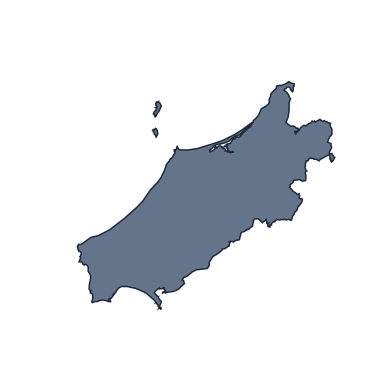 outline of Rosslare Lea-5, Wexford, Ireland, rotated 136°
{"feature_id": "5873133B47995310482599", "entity_name": "Rosslare Lea-5", "entity_type": "district", "adm_level": 2, "iso_a3": "IRL", "parent_name": "Ireland", "parent_adm1": "Wexford", "projection": "equal_earth", "projection_center": [-6.602, 52.227], "detail": "fine", "context": "isolated", "style": "filled", "palette": "slate", "viewbox_px": 384, "rotation_deg": 136, "n_neighbors": 0, "source": "geoboundaries", "source_scale": "gbopen_adm2", "svg_char_len": 6013}
<svg xmlns="http://www.w3.org/2000/svg" viewBox="0 0 384 384"><g transform="rotate(136 192 192)"><path d="M140.0,102.6L136.2,104.9L135.1,104.7L131.8,106.3L131.0,105.8L128.2,106.4L125.9,107.8L124.6,107.6L119.9,108.5L117.5,110.3L118.9,112.0L119.0,113.3L117.1,114.6L116.8,116.2L116.3,116.4L118.1,117.4L118.0,118.7L118.8,122.6L118.5,123.6L118.6,127.4L117.4,127.8L116.9,129.1L113.1,128.7L110.4,129.7L105.6,125.7L105.4,123.8L104.7,122.8L102.2,121.3L98.5,124.8L97.4,127.1L96.1,127.6L94.9,127.3L94.2,130.4L93.2,131.6L91.8,132.2L91.2,133.5L89.4,134.1L87.6,135.6L88.0,135.0L87.5,134.2L86.5,133.9L84.6,134.7L82.7,133.7L82.4,132.7L81.4,132.1L81.5,130.7L80.8,130.3L79.7,128.6L78.9,126.1L77.2,126.4L67.3,123.6L65.2,125.4L60.6,127.0L60.1,128.3L58.4,130.3L59.9,133.4L57.5,135.0L53.6,136.2L52.8,135.9L51.3,136.3L48.0,139.7L47.2,141.2L47.4,141.9L46.7,143.5L45.5,144.9L44.8,145.1L45.1,146.5L46.0,147.1L45.9,148.3L47.1,149.9L47.2,151.5L48.8,152.0L49.7,154.2L49.2,154.7L49.5,155.4L54.8,156.6L54.9,157.1L54.5,157.9L56.0,158.5L56.3,159.6L58.3,159.2L59.7,159.4L60.4,160.1L64.6,160.6L64.6,161.6L65.7,162.4L68.9,162.7L73.7,162.0L75.1,162.7L75.9,163.8L76.4,163.0L76.0,162.1L77.7,161.5L76.4,162.2L76.7,162.8L76.4,163.9L75.5,164.0L74.9,162.9L73.5,162.5L71.9,163.2L71.5,164.3L72.5,165.2L72.9,168.6L75.4,170.9L76.2,176.8L71.0,179.0L65.4,183.3L60.1,188.8L56.3,190.7L56.5,190.9L56.1,192.5L54.9,195.0L54.9,196.7L54.6,197.4L55.1,201.5L53.4,201.6L52.7,201.0L50.8,201.5L49.2,200.2L49.1,198.6L50.0,197.2L50.2,194.4L48.5,194.8L46.9,196.7L44.9,197.3L43.4,198.9L46.2,203.5L45.5,203.3L45.7,204.1L50.6,204.9L51.0,205.5L53.9,206.6L54.6,207.4L54.6,207.8L56.1,208.4L57.1,209.4L58.2,209.1L59.2,208.0L66.0,208.0L68.0,207.4L68.6,206.4L72.1,205.1L73.0,204.2L73.1,203.4L74.3,203.1L74.5,202.4L75.3,202.2L79.4,202.4L84.1,203.7L90.4,201.2L94.4,200.6L98.2,200.8L99.3,199.7L102.3,199.5L104.9,198.2L107.0,199.1L111.4,198.9L112.7,199.2L119.5,198.4L122.1,200.8L124.1,200.4L124.9,201.2L126.5,201.5L130.5,200.3L133.7,202.2L137.8,202.3L136.0,201.0L135.4,201.4L134.5,200.9L136.2,199.3L135.7,198.7L137.3,197.5L137.2,195.7L137.5,195.6L136.7,195.3L136.3,193.4L134.7,193.1L134.3,191.5L135.1,192.4L135.0,193.0L136.9,193.3L137.3,194.4L136.8,195.2L138.2,195.7L138.8,197.7L139.7,198.3L138.2,199.6L139.9,202.8L139.0,203.6L139.8,205.8L141.5,206.7L143.6,206.3L144.8,207.2L146.6,206.9L150.8,208.1L151.1,208.3L150.0,210.3L149.3,209.7L143.9,209.7L141.1,209.0L138.3,207.1L138.6,207.0L134.2,204.5L129.5,202.8L127.5,203.0L121.8,201.9L117.9,200.0L110.0,199.9L109.4,200.4L105.6,199.8L104.4,198.9L102.6,200.1L99.7,200.2L112.6,201.9L121.6,203.8L133.5,207.5L142.6,211.7L157.7,219.4L165.3,224.7L171.2,230.3L171.9,231.9L171.6,232.9L172.2,232.6L171.9,232.8L172.4,233.6L171.0,234.9L171.1,235.2L172.6,234.0L174.0,233.8L174.8,233.9L175.3,234.7L176.2,234.9L175.5,234.6L175.0,233.6L175.9,233.1L176.4,234.5L176.1,232.5L181.7,230.6L183.4,230.5L184.5,230.9L186.6,230.2L191.4,229.5L196.9,226.6L205.0,223.7L210.0,222.9L220.4,222.4L233.5,219.7L241.6,219.3L259.6,220.0L277.8,222.1L289.7,225.7L296.2,229.6L306.9,231.1L308.4,231.5L309.4,232.2L309.7,233.0L311.0,232.9L312.7,232.0L312.9,231.0L314.1,229.7L313.7,229.0L314.6,228.1L313.7,226.2L314.1,225.0L316.4,223.5L317.6,223.3L318.0,221.8L321.8,220.3L319.8,218.3L319.8,217.2L320.7,215.6L320.2,214.4L320.5,213.6L320.0,214.5L319.3,214.3L318.5,213.6L318.2,212.4L318.8,210.1L321.7,207.2L322.8,202.7L324.8,200.4L329.8,197.0L333.4,193.8L333.5,192.2L334.6,190.8L333.9,190.9L335.1,189.9L334.4,188.4L334.8,187.0L337.1,184.7L340.5,182.4L340.6,181.7L338.7,181.0L335.5,178.5L333.7,178.2L331.4,176.5L329.2,173.6L327.9,170.6L326.0,169.3L327.9,171.1L326.7,172.1L325.4,170.8L326.6,172.1L325.4,172.8L324.0,171.7L318.0,172.6L319.4,172.5L319.2,172.7L319.7,173.1L318.0,173.2L317.7,172.8L315.3,173.0L314.3,173.6L310.8,173.8L308.3,172.9L304.4,169.2L299.4,161.6L295.9,153.2L295.9,152.4L295.3,151.8L294.3,140.4L294.5,138.0L295.3,137.6L294.5,137.3L295.1,135.6L294.9,134.6L295.6,133.5L295.3,133.3L295.9,131.6L296.8,131.3L295.9,131.1L296.0,129.6L295.3,129.4L294.7,130.3L295.0,130.9L294.6,132.4L290.9,134.0L290.0,134.9L290.1,137.0L289.4,139.8L288.8,140.1L289.3,140.4L289.0,145.3L288.7,145.9L287.6,146.1L282.9,145.8L283.4,145.5L280.0,142.7L278.8,143.0L278.5,142.5L278.9,142.4L279.9,139.6L280.6,139.1L279.7,137.7L280.9,138.8L280.0,139.8L279.2,142.4L280.1,139.8L280.7,139.2L282.3,140.1L284.2,139.9L282.7,139.8L281.2,138.3L281.0,137.5L279.5,137.1L274.9,133.7L271.8,132.2L269.8,131.6L260.9,131.4L260.9,132.4L260.1,133.0L259.6,134.2L259.8,134.9L260.5,135.1L260.4,135.6L256.8,136.3L256.6,135.8L253.5,134.8L246.8,134.2L243.0,133.0L234.0,126.3L230.5,127.2L228.5,129.4L221.9,131.1L215.8,129.6L210.5,129.3L209.8,130.1L207.9,128.5L202.8,127.4L202.8,127.8L199.7,129.2L200.0,130.1L199.6,130.3L198.8,130.1L197.5,128.5L197.1,127.3L194.9,127.1L191.1,124.8L184.7,128.7L181.2,127.1L179.0,126.8L178.8,127.1L178.2,126.8L178.3,126.3L176.7,125.7L175.0,125.9L172.4,125.3L167.9,128.6L165.5,129.2L162.9,126.5L162.6,122.5L162.8,121.1L157.7,120.6L160.0,117.6L158.7,116.4L160.6,115.8L161.2,114.6L160.4,113.9L160.9,113.2L160.2,112.6L158.6,114.0L157.8,113.0L156.7,114.1L154.1,114.0L153.1,113.6L153.2,113.2L150.1,113.3L148.3,110.8L147.3,110.6L145.5,108.6L144.3,108.2L144.0,106.8L141.3,105.0L140.6,103.0L140.0,102.6ZM154.3,275.2L153.3,278.5L153.4,279.3L153.9,279.8L153.4,280.3L154.3,280.3L154.5,281.2L155.3,281.4L155.4,280.9L156.6,280.9L157.1,279.8L157.7,279.8L157.6,278.0L158.4,277.5L159.4,278.0L159.1,276.9L160.3,276.7L160.6,276.0L161.5,275.5L162.2,276.0L164.0,275.8L165.5,275.0L164.9,274.0L165.6,273.7L165.5,273.0L166.4,271.8L165.9,271.4L161.7,272.9L160.2,272.8L154.3,275.2ZM67.3,123.6L69.3,120.0L69.9,120.1L69.7,118.1L70.6,118.1L70.8,116.6L69.3,116.4L65.3,117.7L65.7,119.3L64.6,121.6L65.1,123.1L67.3,123.6ZM173.9,262.6L174.5,262.3L174.5,263.0L175.4,262.7L176.3,263.8L177.6,263.7L177.6,262.6L178.1,262.0L178.0,261.1L179.0,259.6L178.7,258.7L179.6,256.5L176.9,257.3L175.4,258.5L173.8,261.6L173.9,262.6ZM144.7,208.4L144.5,207.4L143.2,207.4L143.4,208.0L144.7,208.4Z" fill="#64748b" stroke="#1e293b" stroke-width="1.5"/></g></svg>